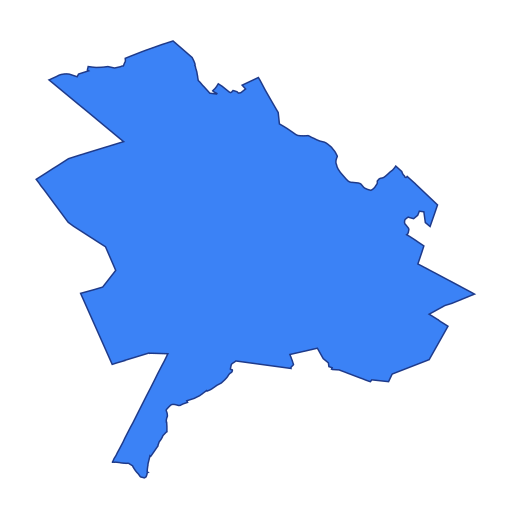 Ciénega de Flores, Nuevo León, Mexico (Natural Earth projection), rotated 268°
{"feature_id": "50627088B12014527787580", "entity_name": "Ciénega de Flores", "entity_type": "district", "adm_level": 2, "iso_a3": "MEX", "parent_name": "Mexico", "parent_adm1": "Nuevo León", "projection": "natural_earth1", "projection_center": [-100.2, 25.971], "detail": "fine", "context": "isolated", "style": "filled", "palette": "blue", "viewbox_px": 512, "rotation_deg": 268, "n_neighbors": 0, "source": "geoboundaries", "source_scale": "gbopen_adm2", "svg_char_len": 5959}
<svg xmlns="http://www.w3.org/2000/svg" viewBox="0 0 512 512"><g transform="rotate(268 256 256)"><path d="M146.3,425.4L179.1,445.4L182.6,440.3L183.9,438.3L185.2,436.6L186.0,435.8L186.0,435.6L191.8,427.0L195.6,434.5L199.7,442.6L200.1,443.6L201.8,450.0L210.1,472.4L210.3,473.0L212.7,469.0L228.9,441.0L235.4,429.7L242.4,417.5L253.8,421.8L260.2,424.1L262.1,421.5L264.9,417.6L265.2,417.3L269.3,411.5L270.4,409.9L272.0,407.3L272.8,408.3L274.1,409.0L275.8,409.4L277.2,409.7L278.4,409.4L281.8,406.9L283.0,405.9L284.2,405.6L285.3,405.7L286.2,405.8L286.9,406.1L287.5,406.5L288.1,407.3L288.7,408.1L289.3,409.0L289.6,409.5L289.2,410.4L287.8,414.8L291.0,419.0L295.1,420.8L294.3,425.3L283.5,426.4L279.4,431.0L292.8,436.2L300.7,439.2L322.2,418.1L322.6,417.8L330.2,409.9L329.9,409.7L329.2,408.6L329.9,407.3L330.3,407.3L330.9,407.1L331.3,406.8L331.6,406.3L333.3,405.3L335.4,404.6L341.0,398.8L339.9,398.0L338.8,397.1L337.1,395.5L336.2,394.2L335.2,392.8L334.3,391.8L333.0,390.3L331.2,388.1L330.0,386.3L329.8,385.6L329.6,385.1L329.3,383.0L329.1,382.5L328.7,381.7L327.5,380.6L327.0,380.0L326.4,379.8L324.5,379.8L323.8,379.4L323.2,379.0L321.4,377.7L320.5,377.1L319.9,376.5L318.9,375.3L318.5,374.8L317.6,373.1L318.7,369.7L320.1,366.9L321.0,365.9L323.2,364.2L324.2,363.4L324.8,362.5L325.4,360.8L326.2,355.1L326.3,353.6L326.8,352.1L327.6,350.8L329.7,348.8L333.5,345.7L336.6,343.2L340.0,341.1L342.4,340.1L343.4,339.9L344.6,339.6L345.8,339.2L347.0,339.1L348.0,339.2L348.8,339.3L350.1,339.7L351.3,340.1L352.5,340.7L353.0,340.7L353.7,340.4L356.9,338.9L358.2,338.1L360.0,336.7L362.1,335.2L365.2,331.7L366.5,330.0L367.4,328.3L368.7,323.7L370.1,320.6L371.5,318.1L372.6,315.7L373.4,314.4L374.1,313.2L374.5,312.2L374.4,310.4L374.4,307.9L374.6,304.6L375.0,302.0L375.9,300.2L382.3,291.6L384.7,288.0L387.2,284.0L398.5,283.2L398.8,283.1L400.2,282.3L402.8,280.9L413.9,275.0L421.7,270.9L431.2,266.3L434.3,264.6L427.2,248.1L423.3,251.4L419.7,246.5L419.4,244.1L420.8,242.8L421.7,240.4L422.2,238.8L420.8,237.5L420.5,237.1L420.3,236.6L420.2,236.2L420.4,235.7L420.7,235.1L426.8,228.1L429.4,224.3L426.6,222.4L424.7,220.8L423.2,219.1L422.6,218.5L421.8,219.3L421.0,220.5L419.8,222.6L419.5,222.5L419.3,222.3L419.2,222.0L419.4,221.3L420.3,215.5L421.9,214.2L426.9,210.0L428.4,208.6L429.7,207.6L431.6,206.1L433.4,204.4L436.3,204.0L437.8,203.9L439.4,203.6L441.9,203.3L444.4,202.7L445.6,202.3L446.4,202.2L447.6,202.0L448.3,201.7L448.6,201.5L449.0,201.8L450.5,201.6L453.3,200.6L456.6,199.1L473.8,180.6L470.7,169.6L465.6,153.5L464.1,149.0L462.3,143.9L460.0,137.4L458.1,132.2L455.9,132.3L455.2,132.2L454.6,132.0L453.4,131.3L450.6,130.1L450.5,128.7L449.9,127.1L448.8,121.2L450.5,114.6L450.1,110.3L450.0,107.6L450.0,102.8L450.5,99.0L451.2,94.9L450.3,94.7L448.8,94.2L447.8,94.0L447.5,94.4L446.9,95.2L444.1,85.2L443.9,84.9L442.9,84.4L441.8,83.7L441.4,83.5L442.8,79.7L443.5,77.9L444.0,76.5L444.3,75.6L444.5,74.0L444.6,73.2L444.6,70.9L444.2,67.6L443.6,65.5L442.3,62.8L440.2,57.7L439.6,56.4L439.2,55.3L414.2,83.4L406.5,92.2L397.2,102.6L377.7,124.5L374.9,127.7L362.9,83.0L359.8,72.0L353.3,61.1L350.4,56.0L346.3,49.2L340.3,39.0L336.2,41.9L333.6,43.5L330.0,46.2L314.6,56.8L310.3,59.8L300.4,66.6L296.2,69.5L295.9,69.9L292.1,74.7L275.3,98.9L270.5,105.9L246.5,115.3L230.3,101.7L228.1,93.3L224.8,79.4L152.7,108.5L154.2,113.8L156.0,121.0L156.2,120.9L158.7,130.4L162.8,145.7L162.4,146.2L162.5,146.4L162.5,147.7L161.4,164.5L159.1,163.3L154.2,160.7L149.9,158.2L142.1,153.8L135.4,150.2L127.4,145.8L120.3,141.8L105.2,133.5L93.5,127.1L89.3,124.6L78.4,118.5L74.8,116.7L68.7,113.2L64.1,110.5L61.6,109.2L58.5,107.1L56.4,106.1L55.2,105.4L54.9,105.4L54.9,105.6L54.9,106.8L54.8,107.1L54.9,108.6L54.8,109.0L54.3,112.6L54.2,113.0L54.1,113.3L54.0,113.6L53.6,116.3L53.5,117.5L53.4,118.2L53.3,118.9L53.3,119.5L53.4,120.0L53.3,120.5L53.2,121.6L52.8,122.2L52.5,122.5L51.6,123.9L50.7,125.2L50.5,125.4L50.3,125.5L50.0,125.6L49.8,125.6L49.5,125.7L48.7,126.3L48.1,126.5L46.7,127.4L45.7,128.0L44.8,128.7L44.1,129.2L42.3,130.8L40.5,132.0L40.0,132.3L39.5,132.7L39.3,132.9L39.2,133.2L39.0,133.7L38.8,134.5L38.4,136.0L38.2,136.3L38.2,136.5L38.2,136.9L38.9,138.0L39.1,138.4L41.2,139.3L42.3,139.5L42.5,139.5L42.9,139.7L43.1,140.0L43.4,140.3L43.5,140.6L44.1,139.8L44.3,139.7L45.2,139.8L47.0,140.0L48.7,140.3L49.4,140.4L50.6,140.7L52.0,140.8L60.1,143.1L59.5,143.8L60.9,144.9L64.5,147.6L68.3,150.4L69.0,151.0L69.6,151.4L70.0,151.5L70.6,151.5L71.2,151.8L71.8,152.0L72.4,152.3L73.0,152.5L73.4,152.6L74.8,153.7L75.8,154.5L77.0,155.3L78.4,156.1L79.4,156.5L80.0,157.0L80.4,157.3L80.9,157.9L83.0,160.0L83.4,160.8L83.5,160.9L84.4,160.8L85.1,160.9L88.8,161.0L93.0,160.9L93.1,160.6L95.0,160.6L97.9,161.3L98.1,161.4L98.3,161.7L99.4,161.9L101.0,161.8L102.3,161.6L104.9,160.8L105.3,160.9L105.6,161.1L106.2,161.6L108.4,163.8L109.5,165.0L110.3,166.1L110.5,166.8L110.6,167.5L110.6,168.1L110.4,169.8L110.0,171.2L109.3,173.4L109.3,174.4L109.4,175.2L109.9,176.1L110.6,177.7L110.9,178.5L112.1,182.5L113.7,181.7L115.9,189.4L116.8,191.3L118.3,194.7L123.3,202.0L122.7,202.4L123.6,204.8L124.1,206.0L125.0,207.6L128.2,212.5L130.3,216.9L133.4,220.5L135.1,222.2L136.1,223.1L136.8,223.6L138.2,224.5L139.4,225.6L139.9,226.3L140.4,227.2L140.7,227.6L141.1,227.9L141.5,228.1L142.0,228.3L142.4,228.4L142.8,228.4L143.0,228.3L143.2,228.2L143.3,227.9L143.3,227.6L143.3,227.3L143.6,226.7L143.8,226.5L143.9,226.4L144.1,226.5L146.4,227.0L148.5,227.6L149.4,228.5L150.9,231.0L151.8,232.2L142.4,287.0L142.7,286.9L143.1,287.0L143.6,287.2L144.2,287.7L145.8,289.4L146.1,289.6L146.4,289.7L146.6,289.6L147.8,289.2L150.1,288.6L152.0,287.9L153.1,287.6L156.4,286.4L156.5,287.0L161.7,314.1L160.8,314.6L151.1,319.6L146.7,324.6L142.9,325.0L141.7,328.2L140.3,327.5L139.9,328.4L139.4,333.6L139.3,334.9L139.2,335.1L139.2,335.3L138.6,336.6L137.0,340.5L135.3,344.4L134.7,345.9L133.0,349.9L130.6,355.6L129.7,357.9L128.0,361.7L126.9,364.5L126.4,365.9L128.2,367.4L125.8,384.1L133.0,387.8L133.4,388.3L139.8,406.6L145.9,424.1L146.2,424.6L146.2,425.0L146.3,425.4Z" fill="#3b82f6" stroke="#1e3a8a" stroke-width="1.5"/></g></svg>